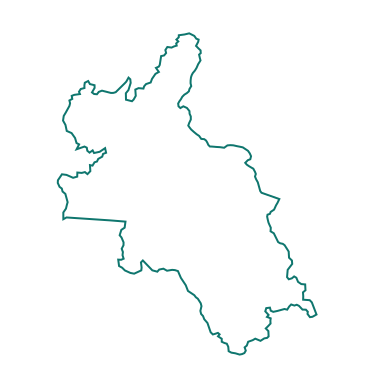 outline of Jaguari, Rio Grande do Sul, Brazil, rotated 275°
{"feature_id": "56859067B1687281772435", "entity_name": "Jaguari", "entity_type": "district", "adm_level": 2, "iso_a3": "BRA", "parent_name": "Brazil", "parent_adm1": "Rio Grande do Sul", "projection": "natural_earth1", "projection_center": [-54.631, -29.469], "detail": "fine", "context": "isolated", "style": "outline", "palette": "teal", "viewbox_px": 384, "rotation_deg": 275, "n_neighbors": 0, "source": "geoboundaries", "source_scale": "gbopen_adm2", "svg_char_len": 3905}
<svg xmlns="http://www.w3.org/2000/svg" viewBox="0 0 384 384"><g transform="rotate(275 192 192)"><path d="M284.9,72.2L282.0,70.7L279.8,71.8L278.5,66.2L277.3,63.8L274.3,64.6L272.5,61.9L269.8,62.8L267.1,62.4L260.1,59.3L256.6,57.6L251.9,57.3L247.8,60.1L241.9,61.9L240.2,66.9L235.6,70.8L230.7,72.7L229.6,75.4L224.5,73.3L227.9,80.9L227.0,83.3L224.0,84.1L222.3,86.5L224.8,89.4L222.3,91.0L224.0,96.5L228.1,101.6L223.6,103.0L222.2,100.1L219.4,99.5L216.8,95.7L214.1,94.7L213.1,92.3L209.6,90.6L209.9,88.0L203.9,88.9L200.7,86.3L202.5,83.6L201.4,80.5L201.4,76.1L197.3,76.3L195.8,72.3L198.1,65.5L198.3,60.9L192.0,57.4L189.3,57.5L185.6,59.6L184.1,62.0L181.2,63.0L179.1,66.0L171.0,69.0L168.5,68.5L164.5,67.9L160.4,65.6L153.7,66.2L155.7,69.2L156.6,113.3L156.7,128.3L150.6,128.0L148.1,124.9L142.6,123.7L140.6,125.7L135.9,128.2L133.0,128.4L129.3,126.9L126.2,128.4L123.0,128.3L119.6,129.7L118.3,127.3L118.2,124.4L111.9,125.8L110.5,129.0L108.0,132.0L106.0,137.7L105.6,141.5L109.5,148.3L112.3,148.4L117.4,147.3L119.5,149.0L110.5,159.3L109.6,164.4L111.9,166.1L113.1,170.2L111.4,174.0L112.7,179.0L112.7,181.8L112.0,184.9L105.5,188.4L98.6,193.9L93.1,196.6L89.4,203.3L87.5,205.0L86.2,207.1L81.9,210.4L79.1,211.4L74.3,210.7L71.3,211.7L69.4,213.8L66.3,215.3L62.9,218.8L53.9,222.8L51.9,225.2L52.9,227.8L53.9,230.1L52.6,231.9L50.5,230.5L48.4,234.4L45.4,234.7L44.4,237.5L43.9,239.9L41.0,241.6L36.6,242.4L35.4,245.2L35.1,249.2L34.2,253.6L34.9,256.0L36.1,258.2L38.6,259.4L41.8,258.0L43.8,260.0L47.7,261.0L49.7,265.4L51.4,267.8L49.7,273.2L52.5,276.8L53.2,279.5L54.8,280.9L60.1,280.2L62.5,277.4L65.1,279.6L67.8,281.7L70.6,281.3L73.0,281.4L74.1,277.6L76.2,279.0L79.5,275.4L82.8,276.1L83.6,279.7L80.6,280.8L79.7,283.4L81.0,287.6L83.5,294.3L83.1,297.1L86.4,298.8L88.6,300.6L87.8,303.9L88.8,306.2L87.9,308.5L84.5,312.3L84.7,315.7L82.8,317.8L80.6,317.7L77.6,320.4L78.2,322.9L80.8,326.7L92.5,321.0L94.5,318.7L94.4,312.1L97.9,311.9L101.7,311.3L104.0,313.6L109.8,312.8L109.8,308.9L111.7,305.5L115.7,303.4L116.8,301.1L114.7,299.0L113.5,296.0L115.5,294.1L122.8,294.1L129.1,298.1L132.5,297.5L135.0,294.4L141.1,293.5L147.1,288.9L148.3,286.9L148.6,284.3L149.6,282.2L158.0,277.1L159.7,273.7L163.3,273.6L166.1,272.0L168.1,270.9L171.0,269.9L174.0,269.0L176.0,269.2L177.0,271.5L179.0,272.1L181.6,275.3L186.1,276.9L188.6,278.1L192.6,279.6L197.3,261.3L198.9,259.9L207.4,256.7L210.2,254.8L212.9,253.4L215.5,254.0L217.4,253.1L220.5,251.1L222.7,246.5L224.1,244.1L225.7,242.5L228.6,244.9L229.7,247.2L232.8,247.7L235.5,246.2L237.9,244.2L240.9,238.7L241.3,235.6L241.6,232.7L242.1,229.1L242.0,226.0L241.5,223.2L238.9,220.2L239.1,216.0L239.0,212.2L239.0,208.3L238.9,205.8L240.4,204.1L242.6,202.9L244.5,201.5L245.7,199.6L245.7,196.6L248.5,194.2L250.0,191.5L252.1,188.5L254.2,185.7L255.9,184.1L257.8,182.5L260.6,183.2L264.1,184.5L267.2,184.2L269.7,182.8L272.4,182.4L275.3,179.6L276.6,175.9L274.6,173.1L276.2,171.1L278.9,170.5L281.2,171.5L283.5,172.9L286.0,174.0L288.3,175.9L290.1,178.3L292.0,180.1L294.4,180.5L297.4,182.0L300.2,181.1L303.0,180.9L306.1,181.0L308.3,181.5L310.5,182.4L313.2,184.3L316.0,185.7L319.9,187.0L321.8,188.0L323.8,189.0L326.3,188.1L329.5,187.1L331.1,188.6L333.8,188.2L335.8,185.7L337.9,183.3L340.0,184.2L342.2,185.1L344.4,185.3L345.1,182.9L347.7,180.7L349.8,175.4L348.3,170.9L347.0,165.2L344.9,165.3L342.5,163.2L340.8,165.2L338.6,163.3L336.5,164.0L335.4,161.3L334.1,159.1L334.3,154.8L331.1,153.1L328.2,154.1L325.6,152.3L324.7,149.4L315.8,148.8L314.0,148.0L312.5,145.3L308.7,148.5L306.5,145.3L301.2,142.3L297.5,141.3L295.5,136.8L293.1,135.1L290.8,134.6L290.8,129.7L289.1,126.6L282.9,127.6L279.0,125.8L277.2,124.3L278.2,118.2L284.6,117.5L288.0,119.8L295.3,121.4L298.9,120.7L300.4,118.8L296.2,116.9L294.4,115.5L284.8,107.3L283.9,105.1L283.6,102.7L285.1,93.5L283.6,90.4L281.1,88.8L281.1,85.9L282.5,83.7L287.2,85.9L289.9,85.6L290.6,80.9L293.5,78.9L291.5,75.7L288.9,75.5L286.2,75.8L284.9,72.2Z" fill="none" stroke="#0f766e" stroke-width="2"/></g></svg>